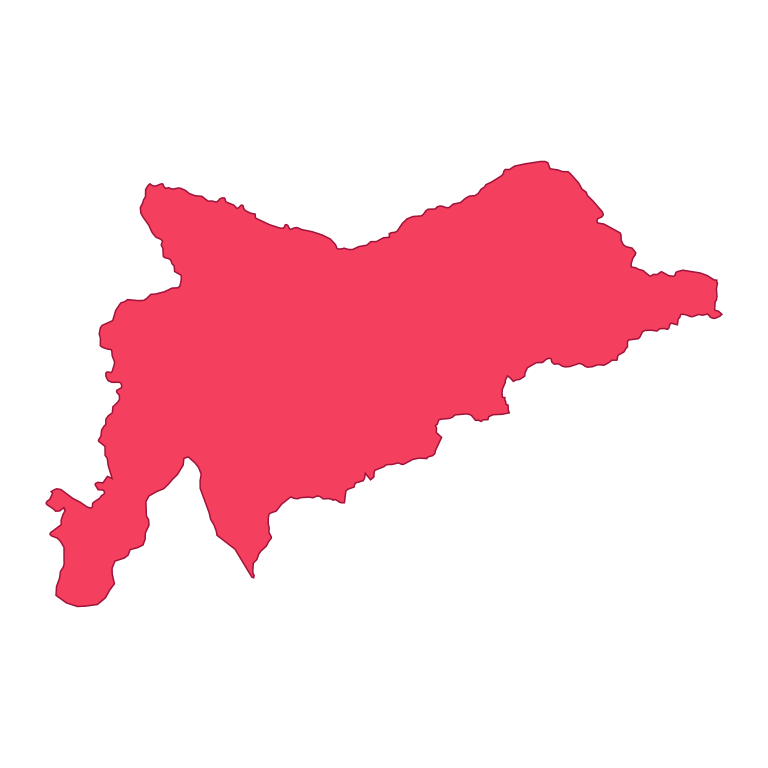 Alejandría, Antioquia, Colombia (Albers equal-area conic projection)
{"feature_id": "7082276B80889552821395", "entity_name": "Alejandría", "entity_type": "district", "adm_level": 2, "iso_a3": "COL", "parent_name": "Colombia", "parent_adm1": "Antioquia", "projection": "albers", "projection_center": [-75.091, 6.356], "detail": "fine", "context": "isolated", "style": "filled", "palette": "rose", "viewbox_px": 768, "rotation_deg": 0, "n_neighbors": 0, "source": "geoboundaries", "source_scale": "gbopen_adm2", "svg_char_len": 6080}
<svg xmlns="http://www.w3.org/2000/svg" viewBox="0 0 768 768"><path d="M716.9,280.2L714.1,279.9L707.1,275.5L699.9,272.9L682.8,270.2L677.0,271.7L675.9,272.5L674.8,275.5L673.3,276.3L668.8,275.7L661.8,271.8L660.7,272.0L657.3,274.5L653.4,274.4L650.8,276.0L649.8,276.1L643.0,270.5L638.5,269.3L635.6,267.7L631.7,267.1L631.1,266.2L631.2,263.6L632.9,258.0L635.3,254.8L635.7,252.7L632.1,248.1L626.1,246.7L623.2,244.6L621.2,240.3L621.0,234.9L620.1,232.9L604.1,224.1L597.5,222.9L596.9,220.7L597.8,218.6L601.5,217.1L602.9,215.6L603.3,214.6L602.5,212.1L593.1,201.1L587.4,195.5L586.2,192.2L581.9,189.0L578.9,183.3L570.4,173.7L568.0,171.7L562.5,171.6L557.8,169.9L550.1,168.8L547.8,162.7L545.0,161.5L540.4,161.5L524.7,163.9L514.4,166.2L509.5,169.5L505.2,169.5L504.0,170.9L503.1,174.0L501.6,175.7L491.7,181.9L485.9,184.7L484.6,186.9L481.0,189.3L478.3,193.4L475.1,195.6L469.3,196.1L465.6,198.2L460.4,202.6L453.1,204.1L449.3,207.5L446.3,207.7L442.2,206.2L440.1,206.0L437.3,206.8L435.1,209.0L428.1,209.2L425.8,210.8L423.4,214.3L421.2,215.9L412.9,216.5L407.2,218.8L402.5,223.2L397.1,231.2L394.9,232.3L391.7,232.6L389.2,233.6L389.5,237.2L383.3,237.8L376.4,241.6L370.9,241.6L366.7,245.2L358.8,246.6L352.3,249.6L348.1,249.4L344.3,248.2L340.6,249.0L337.8,248.9L337.0,248.4L335.5,244.6L330.3,239.0L322.0,234.9L312.2,231.7L302.2,229.7L297.2,227.6L294.9,227.7L290.5,229.4L289.7,229.0L287.7,225.3L286.5,224.6L285.3,224.8L284.0,227.6L282.6,228.3L279.7,228.0L269.6,224.7L256.0,218.3L255.4,217.3L255.2,214.1L250.6,213.2L245.4,210.6L243.8,208.6L243.1,205.8L242.4,205.1L241.0,205.3L238.5,207.9L236.8,208.3L233.8,205.1L225.9,201.9L224.8,198.4L224.1,197.9L221.8,198.0L220.1,198.7L217.0,201.9L215.0,201.9L212.4,201.0L208.1,201.1L201.8,196.3L195.0,195.7L189.2,193.5L185.6,190.5L180.5,188.2L178.2,188.0L173.2,189.0L171.5,188.9L168.8,187.7L165.8,188.3L164.2,187.1L162.7,183.9L161.1,183.9L155.3,186.2L152.2,185.5L149.9,183.8L147.9,185.7L145.6,189.5L145.5,196.6L143.6,199.8L142.8,202.7L140.3,207.7L140.8,213.0L143.0,217.1L149.0,225.5L151.5,231.4L153.5,234.4L156.1,237.3L160.8,239.3L162.5,241.1L161.2,245.0L162.9,248.5L163.3,256.4L164.6,257.6L168.6,258.6L170.6,259.9L172.1,263.8L174.2,266.2L174.6,271.5L180.9,275.1L181.4,277.8L180.8,282.3L179.8,286.1L178.0,287.8L172.0,288.1L164.3,291.8L155.1,294.1L150.9,294.3L146.6,298.5L143.7,300.4L137.9,300.6L127.5,299.6L125.0,301.5L120.7,303.0L115.7,310.4L112.7,320.6L102.1,325.4L100.3,327.9L99.2,334.0L100.4,338.0L100.3,345.7L102.3,347.3L107.6,349.1L111.1,349.6L111.8,351.2L112.2,355.9L114.5,361.7L114.3,364.4L112.1,371.5L111.0,372.6L107.7,371.9L106.6,372.2L105.8,373.3L105.9,376.3L107.6,379.9L108.7,381.0L112.0,382.3L119.4,382.3L120.8,383.2L121.7,385.6L121.5,387.6L116.9,390.3L116.5,391.3L116.9,392.5L119.3,395.2L119.5,399.3L117.7,402.2L112.9,406.8L112.3,412.8L108.1,416.0L105.9,419.1L105.7,424.6L104.0,426.2L101.6,430.0L100.9,436.3L98.4,440.2L98.7,441.3L105.0,446.4L105.1,455.4L107.2,458.2L108.3,465.9L112.1,478.5L107.4,476.4L102.9,482.9L97.8,482.3L95.3,483.7L95.2,484.9L98.1,489.7L102.7,490.0L104.0,490.9L104.5,492.9L104.2,493.8L101.3,495.9L99.7,498.2L93.2,502.6L92.6,503.6L92.4,507.0L90.9,508.2L86.8,506.8L80.4,502.3L72.8,498.4L60.9,489.5L56.9,488.8L54.7,489.5L51.1,491.7L52.4,492.9L52.3,493.9L49.8,499.3L47.2,501.2L46.1,503.1L46.9,504.6L53.6,509.1L55.6,511.2L59.8,510.9L63.6,507.7L64.3,507.9L64.3,509.7L65.4,510.1L62.9,514.6L61.1,520.3L61.2,524.7L51.3,532.1L50.2,533.2L50.0,534.5L51.7,536.0L57.3,538.1L60.3,541.1L64.0,547.3L64.1,564.5L63.0,567.6L60.5,571.3L59.6,578.0L56.5,586.6L56.0,595.4L66.4,602.9L77.4,606.5L85.8,606.1L97.4,604.5L105.4,597.9L109.7,590.1L114.4,583.8L112.2,573.9L112.1,568.1L115.0,561.1L124.4,558.0L128.1,555.1L130.2,549.6L137.5,547.7L143.0,545.0L145.1,539.2L145.4,532.9L149.0,525.2L148.6,519.7L146.4,516.0L145.9,501.7L148.8,496.1L156.4,491.7L163.7,488.7L168.4,484.2L172.4,479.4L177.4,474.6L183.2,465.0L183.9,458.4L188.3,456.9L195.2,463.1L198.6,467.5L201.2,474.1L200.1,480.7L200.2,488.4L209.1,512.6L210.6,519.2L214.0,525.0L216.2,530.9L217.0,535.3L234.9,549.1L251.9,577.2L253.7,577.8L254.1,575.3L252.9,573.1L252.8,570.9L253.3,563.1L256.9,559.5L258.9,553.8L261.1,550.9L266.4,546.0L268.6,541.6L271.3,538.2L271.3,536.8L268.9,532.4L269.2,528.0L268.3,524.1L268.2,518.9L269.0,514.2L270.2,513.2L276.3,511.0L281.6,504.2L290.1,497.4L291.7,497.0L293.6,498.3L297.5,498.8L300.5,497.7L309.0,497.1L312.9,497.8L316.7,496.1L318.5,496.1L320.0,496.5L323.2,498.9L328.3,498.6L331.5,499.2L333.1,500.2L335.4,499.5L339.3,502.1L341.4,502.8L344.4,502.8L345.9,491.0L347.9,489.2L354.0,487.1L355.2,483.1L363.2,480.7L364.5,478.3L365.3,473.4L370.6,479.8L373.9,477.0L374.1,472.3L375.0,470.2L383.9,466.7L386.5,464.7L392.4,464.4L398.4,462.9L401.7,464.4L403.6,464.3L412.6,459.5L419.1,458.1L426.7,458.6L428.1,456.9L432.5,455.7L434.7,453.8L435.6,450.2L441.6,437.4L436.3,432.5L436.6,428.2L435.4,425.6L437.4,424.1L438.6,420.1L441.0,419.2L448.9,418.5L452.3,417.3L455.1,414.9L466.5,413.9L470.0,414.6L471.7,415.7L475.4,420.3L478.8,420.3L481.1,421.5L483.4,419.8L487.9,419.7L488.7,416.7L493.1,414.7L502.1,414.3L509.3,412.8L508.2,409.8L508.1,405.2L505.7,403.9L505.8,401.7L504.8,400.1L504.9,397.6L502.4,397.3L502.0,392.7L502.4,389.1L505.4,382.3L505.2,380.6L507.4,375.9L510.3,378.0L513.3,381.4L516.4,379.8L519.5,379.5L524.7,376.2L525.0,372.9L527.4,367.8L536.2,362.7L542.5,362.5L546.0,359.5L548.9,358.2L551.0,358.7L551.8,362.0L553.5,363.7L554.5,364.2L558.4,363.8L562.5,366.3L565.3,366.9L569.6,366.6L579.4,363.4L582.3,364.3L585.4,366.5L587.6,367.2L592.5,366.7L597.9,364.7L604.0,365.2L607.9,363.2L612.0,360.2L616.9,360.2L618.0,355.3L624.0,351.9L626.1,348.2L627.5,346.9L627.4,342.3L628.5,340.0L638.3,338.7L639.9,337.0L642.4,332.0L644.8,330.5L650.7,330.2L657.0,331.0L659.8,328.7L664.6,328.6L667.4,329.4L668.7,328.3L669.9,324.3L671.3,323.2L677.4,324.8L678.2,319.1L679.8,317.4L680.4,315.1L681.5,314.1L686.1,314.8L690.2,316.5L692.6,316.7L698.5,314.5L702.7,315.2L707.7,314.0L710.4,317.3L713.4,318.4L715.4,318.2L719.7,316.3L721.9,314.3L718.4,311.1L715.4,310.5L714.7,309.4L715.1,302.1L716.4,300.0L717.0,296.6L716.4,288.8L717.5,283.1L716.6,281.5L716.9,280.2Z" fill="#f43f5e" stroke="#9f1239" stroke-width="1.5"/></svg>